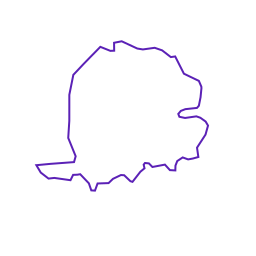 outline of Nde, Ouest, Cameroon, rotated 123°
{"feature_id": "32672807B46712188555835", "entity_name": "Nde", "entity_type": "district", "adm_level": 2, "iso_a3": "CMR", "parent_name": "Cameroon", "parent_adm1": "Ouest", "projection": "natural_earth1", "projection_center": [10.622, 5.088], "detail": "fine", "context": "isolated", "style": "outline", "palette": "violet", "viewbox_px": 256, "rotation_deg": 123, "n_neighbors": 0, "source": "geoboundaries", "source_scale": "gbopen_adm2", "svg_char_len": 988}
<svg xmlns="http://www.w3.org/2000/svg" viewBox="0 0 256 256"><g transform="rotate(123 128 128)"><path d="M209.1,184.6L212.9,176.9L213.7,167.1L210.0,162.6L203.1,147.8L197.2,148.5L194.8,145.1L192.8,142.9L195.7,130.7L200.3,124.8L198.5,121.6L191.1,123.3L184.8,114.3L178.8,112.9L171.3,108.3L169.7,105.5L171.3,97.0L170.7,94.9L157.9,93.8L152.8,92.2L150.2,94.9L148.1,94.7L146.3,91.2L147.4,86.3L138.6,77.1L140.5,69.9L137.8,65.2L133.7,67.7L128.9,68.7L122.9,66.1L121.6,60.5L118.3,57.0L114.0,53.2L106.9,59.4L91.3,59.4L82.4,62.2L80.3,66.4L80.0,72.9L81.0,77.0L88.5,85.6L90.6,91.0L88.8,93.5L84.9,93.0L81.0,90.2L73.6,81.1L70.7,80.7L62.7,83.9L54.6,88.1L53.4,89.0L49.9,94.2L51.3,105.1L52.0,110.7L42.3,127.4L45.2,130.7L44.3,141.7L46.2,149.3L54.0,158.3L56.3,163.5L58.7,180.5L64.1,186.1L70.7,181.7L72.9,184.8L75.0,195.4L80.0,196.4L88.3,198.1L98.4,200.1L113.2,202.8L132.1,195.3L154.0,181.1L168.9,172.7L180.2,156.5L186.0,154.7L200.3,173.5L209.1,184.6Z" fill="none" stroke="#5b21b6" stroke-width="2"/></g></svg>